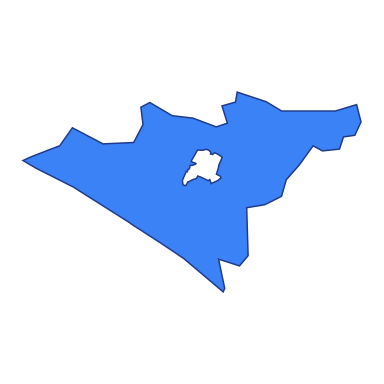 Khiva, Khorezm, Uzbekistan
{"feature_id": "79887680B67856776963689", "entity_name": "Khiva", "entity_type": "district", "adm_level": 2, "iso_a3": "UZB", "parent_name": "Uzbekistan", "parent_adm1": "Khorezm", "projection": "natural_earth1", "projection_center": [60.362, 41.359], "detail": "fine", "context": "isolated", "style": "filled", "palette": "blue", "viewbox_px": 384, "rotation_deg": 0, "n_neighbors": 0, "source": "geoboundaries", "source_scale": "gbopen_adm2", "svg_char_len": 1217}
<svg xmlns="http://www.w3.org/2000/svg" viewBox="0 0 384 384"><path d="M356.6,104.6L335.3,111.0L307.9,111.0L281.6,111.0L266.3,101.8L237.2,92.1L235.5,102.1L222.0,105.9L227.4,123.2L216.2,126.9L192.9,118.1L172.2,115.7L149.8,102.5L140.9,107.2L143.0,124.6L133.7,142.5L103.0,143.9L72.4,127.8L59.7,145.8L49.6,149.6L30.6,157.0L23.0,160.5L36.0,168.2L73.2,187.0L128.2,221.8L134.2,226.0L139.0,229.0L149.3,235.7L158.5,241.6L163.9,245.2L183.8,258.6L223.2,291.9L224.7,288.4L218.6,259.2L239.5,265.9L248.1,255.7L246.7,207.7L264.8,204.7L281.5,196.3L286.3,179.7L299.3,165.0L313.1,145.8L322.5,150.9L339.5,149.1L343.5,136.9L354.8,135.3L361.0,122.0L356.6,104.6ZM208.9,150.3L210.9,152.4L210.5,153.9L212.7,154.5L214.4,152.7L217.7,154.1L222.2,157.2L218.8,165.3L218.5,167.5L216.4,174.2L220.1,176.0L221.0,177.9L217.8,180.5L211.2,183.6L209.8,179.6L208.2,180.7L201.0,177.2L200.2,176.9L197.7,176.0L196.6,178.4L194.7,179.2L193.5,179.3L191.1,180.4L189.4,181.5L188.0,181.8L186.0,185.3L185.4,185.6L183.0,184.9L182.4,180.4L186.2,171.5L187.3,171.8L188.0,169.5L189.4,168.8L190.2,165.4L192.4,165.4L195.6,164.1L195.9,163.4L191.3,161.7L191.7,160.2L197.6,150.0L202.4,150.3L206.6,149.3L208.9,150.3Z" fill="#3b82f6" stroke="#1e3a8a" stroke-width="1.5"/></svg>